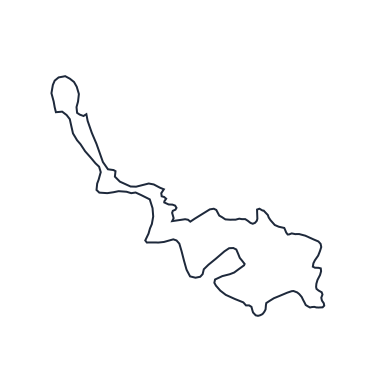 Al-Karkh, Baghdad, Iraq (orthographic projection), rotated 165°
{"feature_id": "34846034B16930377854620", "entity_name": "Al-Karkh", "entity_type": "district", "adm_level": 2, "iso_a3": "IRQ", "parent_name": "Iraq", "parent_adm1": "Baghdad", "projection": "orthographic", "projection_center": [44.409, 33.178], "detail": "fine", "context": "isolated", "style": "outline", "palette": "slate", "viewbox_px": 384, "rotation_deg": 165, "n_neighbors": 0, "source": "geoboundaries", "source_scale": "gbopen_adm2", "svg_char_len": 2808}
<svg xmlns="http://www.w3.org/2000/svg" viewBox="0 0 384 384"><g transform="rotate(165 192 192)"><path d="M152.9,57.8L151.3,59.6L149.9,63.5L149.0,65.5L145.7,66.6L140.4,68.2L134.8,68.9L126.1,70.1L121.4,70.4L119.6,70.1L116.4,67.8L114.8,65.6L113.2,62.2L112.6,59.0L111.9,56.0L111.4,53.4L109.7,51.6L107.9,49.9L107.2,49.9L105.8,49.8L103.6,49.4L101.7,48.3L99.8,47.7L98.0,47.3L95.7,46.8L93.7,48.0L93.5,50.4L94.6,53.5L94.5,56.4L92.5,59.2L92.7,61.6L95.2,64.0L96.8,66.2L96.7,68.2L95.6,71.2L93.6,74.5L91.8,76.5L89.8,78.7L87.8,82.1L87.4,84.9L89.6,86.1L92.8,87.0L94.6,88.6L93.2,91.7L91.0,94.2L86.6,97.9L83.7,101.8L81.4,105.4L81.2,108.6L82.7,111.5L86.8,114.7L93.9,120.5L99.5,123.7L103.2,124.6L106.4,126.2L109.2,125.9L110.6,126.2L111.5,128.5L111.9,131.7L112.2,133.4L117.2,136.0L120.6,138.7L123.4,144.3L124.5,147.5L124.7,150.1L126.1,152.7L127.6,155.5L128.6,155.8L131.2,158.4L133.7,158.2L134.5,154.9L135.8,149.2L136.9,147.4L139.1,145.9L141.5,145.6L143.5,147.0L145.6,149.8L147.6,152.0L150.9,152.9L153.3,154.0L157.0,154.0L162.5,155.4L166.8,156.9L167.3,157.4L169.4,159.8L171.8,162.2L173.2,168.4L175.3,170.2L179.3,170.6L196.3,165.5L201.3,163.8L203.0,166.2L203.4,166.4L205.7,167.5L209.3,167.9L218.7,169.0L216.5,171.5L216.6,177.0L215.4,178.8L212.6,179.2L211.1,180.7L211.8,183.2L214.2,184.9L217.8,186.0L221.5,189.1L221.1,190.2L218.7,192.2L220.2,194.4L222.4,195.7L222.0,198.8L218.5,201.9L221.8,204.4L227.0,209.2L231.6,211.4L244.6,211.6L249.9,213.2L259.0,220.7L262.5,226.8L260.5,231.9L262.1,233.5L267.3,235.7L270.3,244.0L271.8,263.2L273.2,273.1L273.5,275.4L274.4,287.7L273.9,294.5L277.2,293.5L280.5,295.9L282.5,298.2L281.6,303.8L281.3,304.4L278.7,308.8L275.9,315.9L276.1,323.5L277.5,328.8L280.6,333.0L284.5,336.7L286.3,336.8L291.2,337.2L295.8,335.1L298.7,331.4L300.6,327.3L302.2,323.8L302.2,315.3L302.7,309.4L302.8,304.3L296.6,303.2L293.2,298.8L291.2,294.0L291.5,287.4L291.8,279.4L289.6,271.7L287.3,266.9L284.7,259.0L281.3,252.2L277.8,244.7L275.2,240.5L275.0,234.8L277.5,230.6L279.1,227.9L281.4,224.7L283.7,218.7L281.7,215.4L274.1,212.8L267.9,212.1L262.7,211.8L255.2,209.2L251.0,206.6L246.6,206.1L241.8,202.1L234.7,195.8L234.3,186.6L235.8,178.4L239.1,171.4L242.0,167.7L244.8,163.0L249.7,157.3L248.7,154.9L243.2,153.5L237.2,151.8L232.0,151.0L222.3,151.1L219.5,149.2L217.6,145.4L217.4,137.7L217.5,127.6L217.4,119.2L217.3,118.0L215.7,111.0L210.8,108.3L206.0,108.0L203.0,109.9L200.6,114.3L194.9,117.5L186.4,121.3L176.0,126.3L170.7,128.1L166.6,127.2L165.7,126.4L164.1,125.0L163.4,120.2L162.9,116.0L161.5,112.9L159.8,108.9L160.7,107.7L166.5,105.5L172.1,103.3L176.9,102.8L184.5,102.9L192.4,101.5L193.9,98.5L193.1,95.3L190.2,89.4L186.0,83.9L178.2,77.5L171.0,72.1L169.2,68.5L166.2,67.7L164.3,65.7L164.3,61.6L164.2,59.8L162.4,56.4L160.3,55.3L158.1,55.3L156.0,55.7L154.9,56.2L152.9,57.8Z" fill="none" stroke="#1e293b" stroke-width="2"/></g></svg>